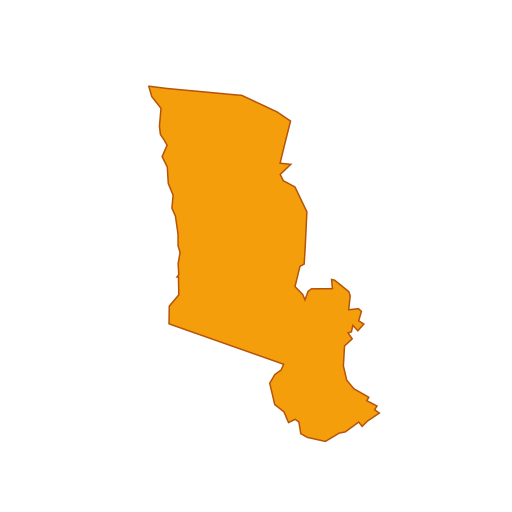 Orangeburg, South Carolina, United States of America, rotated 52°
{"feature_id": "52423323B42791453202127", "entity_name": "Orangeburg", "entity_type": "district", "adm_level": 2, "iso_a3": "USA", "parent_name": "United States of America", "parent_adm1": "South Carolina", "projection": "mercator", "projection_center": [-80.709, 33.442], "detail": "fine", "context": "isolated", "style": "filled", "palette": "amber", "viewbox_px": 512, "rotation_deg": 52, "n_neighbors": 0, "source": "geoboundaries", "source_scale": "gbopen_adm2", "svg_char_len": 1220}
<svg xmlns="http://www.w3.org/2000/svg" viewBox="0 0 512 512"><g transform="rotate(52 256 256)"><path d="M255.9,366.3L258.5,364.7L358.3,300.9L361.3,306.4L361.0,314.2L364.7,323.5L384.6,332.7L396.0,329.9L407.3,332.9L408.8,325.7L413.2,324.4L423.6,330.1L430.7,327.1L444.8,315.5L446.8,299.4L449.6,293.9L450.1,277.3L455.6,277.3L454.7,269.8L455.7,255.5L450.2,257.2L448.7,253.0L438.2,257.8L436.8,254.1L420.9,260.6L409.8,261.0L396.4,254.8L381.4,241.6L380.5,231.2L373.2,230.8L374.5,227.5L370.3,222.4L377.6,221.8L376.0,212.9L370.3,215.0L364.5,207.0L360.6,207.7L355.4,216.0L345.4,206.3L341.2,204.8L323.3,209.0L321.0,210.9L328.8,215.9L316.0,232.5L315.9,236.7L320.7,244.4L315.1,242.9L304.1,244.1L291.2,227.7L292.0,223.0L278.9,211.4L252.5,188.7L225.6,182.8L213.6,188.1L206.6,186.7L205.2,172.2L197.7,179.9L191.2,171.7L170.9,145.7L166.1,147.3L155.7,150.6L120.7,168.3L110.9,178.8L69.2,223.0L56.9,235.2L56.3,236.0L66.2,240.0L81.1,239.9L94.3,252.2L101.4,256.5L108.4,257.0L114.0,257.9L119.9,268.8L131.2,271.1L144.9,280.5L157.1,283.9L166.5,292.8L174.9,294.9L190.8,304.0L199.9,311.1L206.5,313.7L214.1,322.1L223.1,328.3L223.9,331.2L224.9,330.1L239.1,340.8L242.1,355.2L255.9,366.3Z" fill="#f59e0b" stroke="#b45309" stroke-width="1.5"/></g></svg>